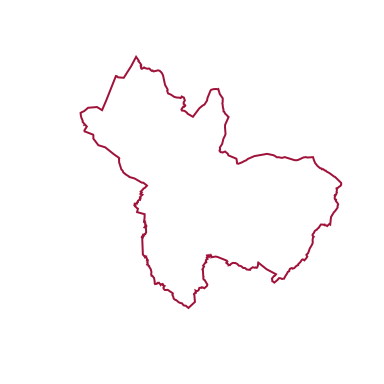 outline of Zinapécuaro, Michoacán, Mexico, rotated 30°
{"feature_id": "50627088B67207882372338", "entity_name": "Zinapécuaro", "entity_type": "district", "adm_level": 2, "iso_a3": "MEX", "parent_name": "Mexico", "parent_adm1": "Michoacán", "projection": "natural_earth1", "projection_center": [-100.761, 19.856], "detail": "fine", "context": "isolated", "style": "outline", "palette": "rose", "viewbox_px": 384, "rotation_deg": 30, "n_neighbors": 0, "source": "geoboundaries", "source_scale": "gbopen_adm2", "svg_char_len": 6066}
<svg xmlns="http://www.w3.org/2000/svg" viewBox="0 0 384 384"><g transform="rotate(30 192 192)"><path d="M68.1,129.6L71.9,155.3L73.2,166.1L67.3,165.9L59.9,171.0L58.2,175.8L56.3,178.5L56.3,178.9L56.0,179.3L57.4,181.2L59.3,183.2L61.7,184.9L62.1,185.9L65.2,187.0L65.3,187.5L65.7,187.1L68.2,187.9L68.0,192.4L68.7,193.2L77.6,191.8L78.1,192.0L79.9,195.1L87.5,198.3L94.5,196.7L105.6,198.4L111.6,198.9L112.0,199.1L111.9,199.3L114.2,202.9L119.6,207.8L121.2,208.2L122.7,209.4L125.1,209.7L125.3,209.9L130.3,210.1L130.4,210.3L135.4,209.0L143.8,209.0L145.2,208.3L149.7,208.9L149.9,209.0L149.0,212.2L148.2,213.3L148.3,213.9L147.4,217.4L148.7,217.5L148.3,219.4L150.4,219.2L149.5,222.1L149.8,223.2L150.6,223.1L150.9,224.7L150.4,224.7L149.6,226.6L150.2,227.8L149.6,228.5L150.2,229.5L148.2,230.7L148.7,232.1L149.3,231.7L149.7,232.6L150.0,232.4L150.2,232.9L152.1,233.4L153.5,233.5L154.5,236.9L162.1,234.9L163.9,238.2L165.2,241.5L165.9,241.1L166.0,242.1L167.1,242.2L167.2,242.8L167.8,243.6L167.9,243.3L168.7,243.7L168.5,244.0L169.0,244.2L168.8,244.8L169.2,244.9L168.6,245.5L168.5,246.4L170.0,246.1L172.5,249.9L172.4,251.3L172.6,251.8L171.8,252.3L171.8,253.3L171.5,253.4L171.8,253.6L171.3,253.8L171.1,255.1L172.0,255.1L172.1,255.6L171.2,255.3L171.2,256.3L171.9,256.4L172.0,256.9L180.7,270.7L182.6,271.4L183.0,271.0L183.6,271.0L183.8,271.5L184.3,271.1L184.4,271.9L185.1,271.4L186.5,272.5L186.9,273.2L187.2,273.0L187.7,273.1L187.6,273.7L187.9,273.6L188.6,274.9L188.5,275.3L189.2,275.8L189.4,277.2L190.0,277.0L190.8,277.3L191.4,277.8L192.0,277.6L192.6,278.3L194.9,279.5L196.8,281.5L198.0,284.0L198.9,284.8L199.5,284.4L202.1,285.4L204.5,288.3L205.4,289.8L206.1,290.2L207.3,289.2L207.5,289.0L207.5,288.0L208.0,287.6L208.8,287.5L208.9,287.2L210.0,287.6L210.7,287.6L211.4,288.2L211.9,286.9L212.5,286.3L213.2,286.6L213.6,287.3L215.2,287.1L215.1,289.2L215.6,289.8L216.9,290.4L217.8,290.3L219.9,288.9L225.9,289.3L226.4,289.8L226.4,290.8L226.9,291.3L228.0,291.9L229.0,293.1L229.9,293.6L231.8,293.8L232.5,293.5L235.3,294.1L236.6,294.1L239.2,293.4L240.5,294.1L241.8,294.3L243.4,293.6L246.9,294.2L249.5,285.7L245.1,279.4L245.1,279.8L244.9,279.7L244.7,279.0L245.0,278.3L245.8,277.6L245.8,277.3L244.4,275.6L245.3,275.6L245.9,275.3L246.4,274.7L246.8,273.5L246.3,271.4L247.3,270.7L248.0,269.6L248.5,269.5L248.7,269.8L249.3,269.2L250.8,269.2L251.9,265.9L251.6,264.5L247.0,261.9L245.8,262.0L244.8,260.9L244.3,259.5L243.9,259.4L240.8,254.6L239.7,253.8L240.0,253.3L239.7,252.8L239.7,250.6L238.5,250.3L238.8,246.9L239.0,246.9L239.5,245.6L238.4,244.8L238.3,243.3L238.6,242.8L238.3,242.8L238.6,241.7L238.5,241.4L237.7,241.3L238.0,240.5L236.7,239.5L237.2,239.0L237.9,238.9L238.2,238.3L239.4,239.2L239.8,237.2L241.5,238.2L241.6,238.7L244.7,236.1L246.5,235.5L255.3,234.2L256.4,234.1L257.5,234.6L257.5,235.3L257.0,235.9L257.2,236.3L260.0,236.6L260.3,237.1L260.6,236.7L261.4,236.4L261.8,234.6L262.8,233.0L265.1,231.8L267.4,231.7L269.3,232.4L270.9,231.8L272.1,231.7L274.4,232.2L275.4,231.5L276.4,231.3L277.9,231.8L280.2,230.9L281.1,230.4L280.8,230.0L282.2,226.8L284.1,226.3L284.4,226.1L284.6,225.6L286.0,225.3L286.1,224.9L286.1,223.7L285.4,221.5L284.8,220.5L284.7,220.0L295.3,221.6L305.9,221.2L305.7,222.6L305.4,223.5L305.0,223.8L304.5,227.0L305.8,228.4L306.0,229.0L308.6,229.3L310.0,225.5L310.4,223.1L312.0,222.4L313.5,222.3L314.5,221.3L315.0,221.1L315.0,219.7L314.9,218.5L315.1,214.9L314.9,213.3L315.3,212.8L315.8,211.9L315.4,211.3L315.2,209.6L315.8,208.7L316.5,207.9L317.3,208.2L318.6,206.8L319.4,203.6L320.5,202.3L320.1,201.5L320.9,198.4L321.0,196.4L321.3,195.2L322.0,194.9L323.5,195.0L324.1,192.1L324.1,190.2L322.6,189.4L322.4,188.9L322.9,187.9L323.1,186.9L322.6,183.7L322.2,182.2L322.3,178.9L322.1,176.1L321.2,174.3L320.4,173.3L319.5,170.6L319.8,169.9L318.4,169.5L317.9,169.1L317.7,168.4L318.0,166.6L317.8,164.8L318.1,163.6L319.0,162.1L319.0,161.2L319.8,159.0L319.6,158.6L319.9,155.7L321.6,154.8L322.4,154.6L323.1,153.9L323.7,154.4L324.9,153.8L326.1,153.9L326.9,151.1L328.0,151.1L324.9,144.2L325.0,138.8L325.5,136.6L325.9,132.7L325.0,131.3L324.9,129.8L323.9,129.0L321.2,127.9L320.9,127.4L320.7,126.7L320.2,126.6L319.6,126.9L318.8,126.2L318.2,125.2L318.0,124.0L317.7,123.9L317.9,123.6L317.4,123.0L318.1,122.2L317.6,120.6L317.8,120.1L317.0,119.3L316.5,117.8L315.5,116.8L315.8,116.6L315.6,116.2L316.2,115.6L316.8,113.8L317.2,113.2L317.6,112.0L317.6,111.2L317.3,110.9L317.2,110.3L316.5,109.5L308.2,107.4L307.6,107.6L301.4,106.9L298.4,107.0L297.4,106.8L297.1,106.6L296.0,107.0L294.5,106.6L293.1,107.4L292.5,106.9L290.9,107.3L287.6,106.7L284.1,105.3L281.5,103.3L279.4,101.3L274.6,104.5L273.1,104.9L271.3,106.3L268.0,111.0L266.7,112.2L265.1,113.1L254.9,115.4L252.8,117.5L249.5,118.6L248.3,119.5L245.4,119.3L244.2,119.4L238.0,121.4L228.1,129.7L223.9,135.3L222.9,137.8L222.2,138.5L220.4,141.4L218.0,144.4L216.8,144.7L214.1,141.2L213.5,141.0L205.2,142.1L203.9,141.0L200.4,140.4L198.8,142.5L197.9,142.6L196.9,143.2L195.5,142.7L195.0,142.2L195.2,141.3L193.9,139.6L194.1,135.3L192.6,130.3L192.4,127.1L192.1,125.1L188.2,119.4L187.1,117.3L186.2,108.8L185.6,108.8L185.2,108.5L181.4,107.5L179.9,106.4L179.0,106.5L177.8,104.5L176.7,103.6L174.6,100.7L174.0,100.2L173.7,99.0L171.8,95.5L167.1,93.3L163.3,89.7L162.9,90.3L161.6,90.6L159.3,92.1L157.5,93.9L157.3,94.7L158.4,102.8L159.3,105.3L159.1,110.0L158.0,111.8L156.5,115.8L155.2,126.4L148.9,126.4L148.2,125.9L145.5,125.5L144.6,125.6L142.5,126.5L141.9,126.1L141.5,125.6L141.8,122.4L142.5,122.3L142.5,121.4L143.0,121.0L143.0,120.5L141.6,119.9L140.7,119.9L140.0,118.6L140.0,116.3L137.8,114.3L135.3,114.5L135.4,115.9L135.1,116.4L133.9,116.6L131.6,117.8L129.0,118.5L125.1,118.2L122.0,118.6L119.9,116.8L120.0,116.2L119.5,115.3L115.1,112.7L108.6,105.5L106.7,104.2L105.5,103.7L103.4,103.2L101.8,103.6L98.4,106.8L97.5,106.7L97.2,106.5L96.7,107.2L95.1,107.0L93.7,106.5L93.0,106.5L91.9,107.5L89.8,108.1L88.6,108.1L88.6,108.3L87.9,108.5L87.4,109.9L86.6,110.5L86.0,110.2L85.4,109.2L84.9,109.0L84.9,108.3L84.4,108.1L84.5,107.4L82.8,106.4L80.2,105.5L80.2,104.9L76.0,102.9L76.4,113.2L75.8,127.2L70.8,129.6L70.0,129.7L69.2,129.3L68.1,129.6Z" fill="none" stroke="#9f1239" stroke-width="2"/></g></svg>